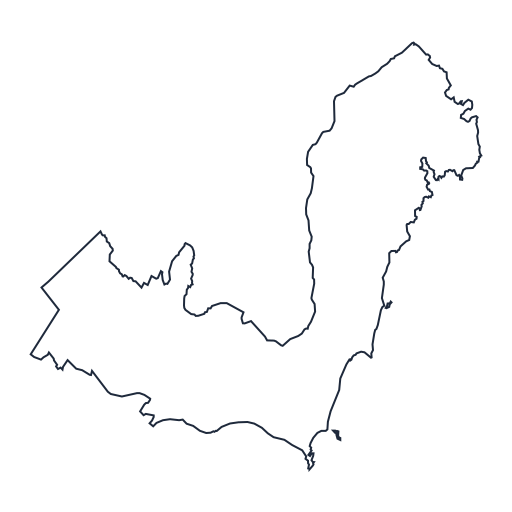 Ninh Hai, Ninh Thuận, Vietnam (Natural Earth projection)
{"feature_id": "81297802B76244887601508", "entity_name": "Ninh Hai", "entity_type": "district", "adm_level": 2, "iso_a3": "VNM", "parent_name": "Vietnam", "parent_adm1": "Ninh Thuận", "projection": "natural_earth1", "projection_center": [109.148, 11.675], "detail": "fine", "context": "isolated", "style": "outline", "palette": "slate", "viewbox_px": 512, "rotation_deg": 0, "n_neighbors": 0, "source": "geoboundaries", "source_scale": "gbopen_adm2", "svg_char_len": 6059}
<svg xmlns="http://www.w3.org/2000/svg" viewBox="0 0 512 512"><path d="M41.5,287.5L58.9,309.8L30.7,354.3L34.1,357.0L41.0,359.6L43.5,357.3L47.8,354.8L48.9,352.5L53.7,358.6L54.0,360.4L57.1,364.8L56.1,366.4L58.0,369.0L60.6,367.6L62.5,369.6L63.0,366.9L67.6,360.1L76.2,368.7L82.2,370.2L89.7,374.8L91.0,375.0L92.0,370.9L107.8,391.7L110.8,394.0L121.9,396.5L137.1,393.1L139.5,393.1L144.4,394.9L150.2,398.7L150.0,399.9L148.1,402.8L145.8,403.1L144.2,404.7L140.1,411.4L143.6,415.2L145.8,413.9L153.7,415.4L153.7,417.0L152.0,420.6L149.6,423.3L153.2,426.3L156.5,422.9L163.0,420.2L170.0,419.2L179.1,420.2L182.7,419.6L186.6,423.7L193.2,425.9L199.9,430.8L206.2,433.0L210.6,432.7L213.4,431.3L214.4,431.8L215.8,430.8L216.7,431.0L221.6,426.9L230.0,423.5L238.4,422.3L247.5,422.0L254.3,423.6L261.9,427.8L267.8,433.3L273.6,437.2L284.4,439.8L292.1,445.0L302.2,450.3L306.2,456.4L305.5,458.8L308.0,460.7L308.1,463.3L309.0,464.6L308.2,468.4L309.5,468.7L309.5,469.4L312.8,465.6L313.5,464.4L313.1,463.2L313.9,462.1L312.8,462.0L311.5,460.2L313.2,455.8L313.5,453.3L311.9,453.3L310.0,456.0L308.4,454.9L311.6,450.5L310.6,449.5L311.2,447.7L309.7,446.1L310.6,443.0L313.3,437.8L317.4,432.9L321.3,430.9L325.7,430.9L327.4,429.4L327.9,421.7L330.6,411.3L339.2,390.0L340.3,378.5L346.4,364.4L349.5,359.4L350.7,359.2L350.7,360.2L351.4,359.7L352.2,357.3L353.7,355.4L355.6,354.8L356.5,353.4L361.1,351.7L364.5,352.3L371.0,357.7L371.6,357.4L371.3,353.4L373.0,350.1L372.5,344.4L374.3,333.3L375.2,329.9L376.4,329.0L377.8,325.1L380.9,310.2L382.4,307.0L384.3,305.7L381.9,298.1L383.8,284.6L383.8,281.5L382.7,277.7L386.1,271.5L387.3,266.8L389.4,262.5L389.2,253.2L391.4,251.0L395.4,250.9L396.0,252.3L397.0,252.0L397.8,250.4L399.0,250.0L400.5,246.4L406.2,241.3L409.2,240.0L409.9,236.2L407.2,231.5L406.6,225.0L407.2,224.0L408.7,224.0L410.7,222.0L413.8,222.4L414.9,219.7L416.5,218.7L416.7,216.9L415.1,216.0L415.0,210.3L418.8,207.8L419.5,208.3L419.9,210.1L420.4,210.0L421.7,206.3L421.4,205.0L422.8,203.3L422.4,201.9L423.5,201.0L423.5,198.2L424.6,197.1L426.1,196.7L428.3,197.7L428.9,196.4L430.8,197.2L431.3,195.6L432.5,195.0L431.9,192.0L429.9,191.1L429.4,189.5L428.1,189.6L426.6,186.8L427.1,184.7L428.9,183.9L429.2,183.2L428.7,182.4L427.8,182.7L426.8,180.5L425.4,179.8L424.9,178.7L425.0,177.5L427.4,173.2L427.3,171.2L426.2,170.5L424.1,170.6L422.8,169.3L420.2,168.9L420.2,167.3L422.2,166.9L422.3,166.0L422.4,163.5L421.0,160.9L421.3,159.4L423.1,157.6L425.7,158.0L426.0,161.1L426.9,162.4L426.3,163.3L428.6,165.6L429.3,168.0L434.0,170.6L433.6,171.8L434.5,174.2L433.7,176.8L435.9,180.1L437.0,180.2L437.7,179.0L438.5,179.6L438.5,176.8L439.4,176.0L440.5,176.4L441.4,177.8L442.4,176.4L443.8,176.6L444.7,175.3L445.1,171.7L446.2,171.1L447.9,171.5L448.8,170.0L450.0,169.8L452.5,171.2L453.4,170.2L454.3,170.2L456.5,175.2L457.9,175.8L459.1,174.9L459.9,176.0L460.0,179.5L462.2,179.8L462.4,178.5L461.2,175.5L463.2,170.0L466.0,168.3L472.8,168.0L474.9,165.6L475.8,163.7L477.4,162.6L477.2,161.7L478.5,161.6L479.2,157.8L479.9,157.3L479.3,156.6L481.3,155.6L479.9,153.3L479.3,149.8L479.8,146.6L478.4,144.1L477.2,136.0L478.1,132.6L478.0,130.2L476.2,123.7L476.9,122.0L476.5,119.8L477.6,117.4L476.1,116.1L472.0,117.3L470.7,118.4L469.5,121.0L468.0,121.8L466.5,121.2L464.1,119.0L460.8,117.9L461.1,114.9L463.4,113.7L464.9,111.0L468.3,108.6L470.5,109.7L472.0,108.0L472.3,104.8L471.8,101.5L468.3,99.7L464.4,102.9L463.0,105.1L461.1,104.0L461.8,101.2L460.8,101.3L458.9,103.7L457.8,104.0L454.6,101.8L453.7,97.4L451.1,99.3L446.1,95.9L445.0,92.5L446.8,90.0L448.6,89.4L448.9,87.8L450.8,85.4L446.9,78.5L446.6,72.3L444.0,71.4L442.4,68.8L439.9,68.2L439.0,65.6L436.7,66.0L432.2,64.0L428.7,59.9L430.1,57.5L429.8,56.0L427.8,54.4L426.1,54.6L418.8,46.4L415.8,44.3L414.1,44.6L414.4,43.4L413.6,42.6L412.0,43.2L401.9,52.7L394.9,56.3L394.1,58.3L390.8,59.0L389.6,61.2L387.1,63.8L381.7,67.2L378.3,71.3L375.3,73.5L371.0,76.0L368.9,76.4L357.0,83.4L355.1,84.7L353.7,86.7L349.7,85.6L344.0,92.9L337.0,95.7L335.5,96.9L334.0,101.2L334.5,121.1L331.6,128.3L329.6,130.7L323.3,131.9L322.0,133.2L316.8,142.7L315.5,144.2L312.8,144.9L308.1,151.8L306.9,158.9L307.1,165.0L310.3,167.2L311.0,168.4L311.1,172.6L313.5,176.1L311.9,188.3L310.7,193.3L307.3,199.4L306.0,208.1L306.2,214.4L308.5,220.4L309.2,230.5L311.7,236.7L311.3,240.4L309.6,243.9L309.6,248.2L308.7,251.6L310.0,262.4L312.0,264.8L313.1,267.4L312.7,277.9L314.1,279.5L314.2,283.7L311.4,298.1L311.8,299.6L314.6,304.0L315.1,311.6L311.0,321.7L308.3,326.0L307.7,328.7L306.2,328.5L304.5,329.4L301.8,333.6L298.2,336.0L290.2,339.1L282.7,345.8L281.1,345.3L275.9,341.3L274.0,340.6L267.1,340.4L265.0,336.6L251.0,321.1L244.7,323.4L242.9,323.3L241.6,318.9L241.6,317.4L243.5,312.3L226.7,303.1L220.7,303.1L212.0,306.0L210.6,308.4L208.2,308.3L206.9,311.9L204.9,312.3L204.3,313.8L198.2,315.8L195.7,315.9L194.5,314.5L191.2,314.1L185.5,309.9L184.3,307.9L184.0,305.4L184.2,298.4L184.6,296.0L186.5,294.2L186.8,289.7L188.1,287.9L188.3,286.0L190.2,287.1L191.1,284.9L192.6,284.4L192.0,282.9L192.2,281.1L191.1,278.6L192.7,274.9L192.7,273.7L191.5,271.8L192.2,268.4L190.7,264.7L192.1,263.5L192.9,259.5L193.9,258.4L193.5,256.5L194.2,255.4L193.6,250.9L192.2,247.4L190.1,245.4L185.5,243.1L184.6,244.2L184.5,245.7L179.1,252.3L178.5,254.9L176.3,255.9L172.1,261.2L169.1,271.6L170.0,279.6L167.4,283.9L166.1,283.6L164.4,284.5L162.7,280.0L162.0,274.3L162.4,272.2L160.9,271.1L157.8,278.1L156.2,278.7L151.5,276.0L147.7,285.0L144.0,282.9L141.5,287.6L135.6,281.3L133.4,281.1L131.7,278.0L130.1,277.7L128.7,278.8L126.4,276.0L124.7,275.1L123.3,276.5L122.6,276.4L121.8,274.3L120.1,273.3L119.0,271.2L118.9,269.7L116.4,268.1L115.9,266.9L109.5,261.3L109.8,254.5L112.8,250.6L112.6,248.8L110.2,246.2L109.2,243.1L106.8,241.5L106.5,238.2L105.0,236.8L104.7,235.3L102.9,235.4L102.0,234.6L100.5,231.4L48.3,281.7L41.5,287.5ZM337.6,432.2L337.4,431.4L335.2,430.6L333.1,430.6L335.1,432.8L336.5,433.2L336.4,434.7L337.5,438.7L340.3,440.0L340.3,438.0L338.9,437.4L338.1,435.6L338.4,431.4L337.8,431.2L337.6,432.2ZM389.7,304.4L391.5,302.4L390.7,301.6L389.9,303.3L387.6,303.5L387.1,305.8L385.7,307.9L386.4,308.2L389.2,306.9L389.7,304.4Z" fill="none" stroke="#1e293b" stroke-width="2"/></svg>